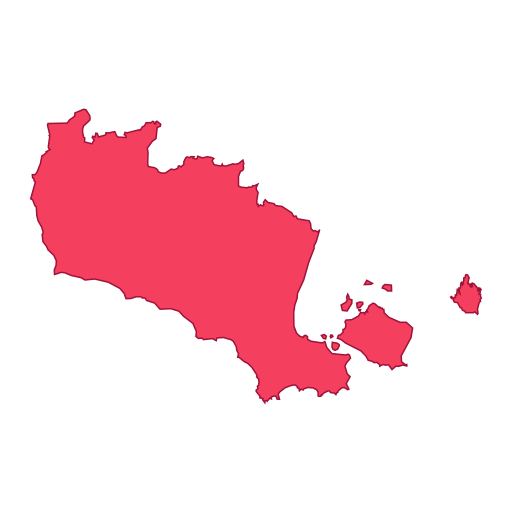 Bangka Selatan, Bangka-Belitung, Indonesia (Natural Earth projection)
{"feature_id": "22746128B19321376976921", "entity_name": "Bangka Selatan", "entity_type": "district", "adm_level": 2, "iso_a3": "IDN", "parent_name": "Indonesia", "parent_adm1": "Bangka-Belitung", "projection": "natural_earth1", "projection_center": [106.566, -2.786], "detail": "fine", "context": "isolated", "style": "filled", "palette": "rose", "viewbox_px": 512, "rotation_deg": 0, "n_neighbors": 0, "source": "geoboundaries", "source_scale": "gbopen_adm2", "svg_char_len": 6077}
<svg xmlns="http://www.w3.org/2000/svg" viewBox="0 0 512 512"><path d="M319.7,229.7L317.7,232.0L315.0,230.6L313.1,230.9L311.0,228.5L310.6,223.8L309.2,220.8L297.4,218.8L296.0,216.0L293.7,216.4L291.7,212.8L281.9,206.4L275.6,205.6L274.1,203.7L267.9,202.4L265.2,199.7L263.4,202.4L263.8,205.2L262.9,205.8L260.5,204.8L258.4,206.4L258.2,204.3L257.0,204.3L256.8,200.5L258.1,192.3L256.6,190.3L256.2,187.6L257.8,184.2L254.3,185.8L252.8,185.6L251.5,187.3L248.4,187.0L247.2,187.8L240.8,187.1L238.5,185.9L238.5,176.5L240.4,171.5L242.8,170.3L243.7,168.1L243.2,166.0L243.8,163.4L242.9,160.1L238.4,163.6L235.2,164.3L233.0,163.8L225.9,166.1L222.9,165.7L222.2,164.1L221.2,166.1L214.1,164.7L212.1,160.8L213.8,158.5L211.9,157.6L207.4,156.7L202.5,157.9L197.7,156.2L196.9,158.7L196.0,159.1L193.1,158.2L194.1,156.7L190.8,156.6L189.9,157.6L187.0,156.9L185.7,157.9L183.8,161.8L183.8,164.3L180.9,167.0L179.4,165.8L178.3,166.1L177.9,168.0L176.5,168.9L174.4,169.7L171.1,169.1L165.3,173.1L161.1,173.0L158.1,171.6L157.5,169.6L154.6,167.7L148.5,166.6L147.7,164.3L148.0,152.4L147.3,148.1L152.4,141.2L156.0,138.6L157.2,127.4L160.3,126.3L160.7,124.2L156.9,121.2L155.8,121.9L155.8,123.9L154.6,124.0L153.7,121.6L152.5,121.4L151.1,122.7L146.1,122.7L144.6,125.7L142.3,126.9L140.2,130.3L139.1,129.8L126.9,132.9L125.1,132.3L124.2,134.7L125.9,135.7L126.0,137.4L118.1,137.1L116.6,135.8L114.8,131.6L108.4,133.0L106.0,132.7L105.6,135.0L98.6,136.9L97.2,133.4L95.8,133.2L94.9,137.2L92.8,136.2L92.2,137.5L94.2,140.2L91.9,143.8L84.5,141.9L84.8,138.0L83.7,137.2L82.6,132.4L82.6,129.1L83.6,125.9L89.7,120.3L90.1,118.6L89.7,115.6L85.9,109.7L83.6,109.3L75.0,112.9L74.6,116.3L69.6,119.8L67.2,123.1L48.0,123.5L47.5,125.1L49.8,134.9L49.1,135.5L49.7,136.7L48.3,146.7L48.6,148.2L50.1,149.6L46.3,151.6L46.8,152.0L44.2,154.6L41.9,155.8L40.4,163.7L37.1,171.9L35.4,174.5L32.3,174.7L32.6,177.9L33.6,178.1L34.2,180.9L35.4,181.9L30.7,198.8L32.7,199.9L35.0,205.8L36.3,206.9L36.8,215.5L38.1,220.8L41.6,227.0L42.9,231.1L43.2,233.3L42.1,234.3L43.0,241.8L46.4,246.1L48.0,249.8L53.8,255.3L56.3,260.7L56.1,265.2L54.3,269.9L54.5,274.5L61.1,272.4L64.6,272.7L71.4,275.5L81.1,277.7L85.0,280.0L94.7,279.0L108.3,282.2L119.9,288.4L124.2,293.5L126.0,298.7L130.9,298.5L136.0,296.8L141.1,296.8L142.4,298.0L144.9,297.9L146.7,300.5L154.7,303.1L160.0,309.2L170.9,308.7L178.9,311.2L183.5,316.2L192.9,323.4L196.4,331.5L195.9,336.4L198.3,338.4L202.2,338.2L203.5,339.6L212.5,338.6L216.2,340.7L216.9,337.9L223.5,337.5L231.3,339.8L233.4,341.4L236.2,346.4L236.8,350.4L238.5,353.7L237.7,357.3L239.0,357.3L244.2,361.6L247.8,363.4L251.9,367.4L256.2,373.8L257.1,376.0L256.6,377.0L258.6,378.9L259.0,382.0L258.5,385.4L257.4,386.2L257.9,388.7L256.1,390.2L256.2,391.5L260.1,396.3L260.3,397.0L259.8,397.3L259.8,397.8L262.9,398.5L262.6,399.7L264.8,402.7L265.0,400.9L266.4,400.5L267.1,401.3L269.8,398.2L271.4,398.9L271.1,397.3L273.7,396.0L276.2,396.3L277.0,399.1L279.5,399.3L278.2,394.1L279.5,392.2L285.0,387.8L291.1,385.5L295.0,384.9L296.6,385.9L297.6,386.8L297.3,387.7L298.9,388.5L299.4,390.8L301.1,389.2L303.1,390.0L303.4,389.1L307.5,387.5L313.0,387.9L316.7,389.8L318.1,392.2L318.1,396.0L318.8,396.4L320.4,396.3L321.2,395.0L321.6,395.6L323.6,393.1L328.0,390.9L329.6,391.0L330.5,392.6L334.2,393.0L335.9,394.6L336.6,392.7L337.8,392.4L338.2,390.9L341.5,388.0L344.2,387.5L347.7,389.7L348.9,389.1L346.2,383.7L350.1,376.7L347.2,373.8L344.9,366.1L346.6,362.7L350.5,358.2L349.5,355.1L348.1,354.2L345.6,355.0L332.0,353.6L326.8,347.6L324.9,341.6L322.1,342.9L311.3,341.3L307.6,339.4L307.5,336.6L305.7,335.3L304.2,335.6L303.5,337.3L300.1,336.4L296.6,333.3L293.9,326.2L293.7,312.5L294.8,305.1L297.1,298.4L297.5,293.3L303.7,280.0L308.6,262.7L314.2,248.1L313.9,246.4L316.3,241.3L319.7,229.7ZM373.0,303.2L369.1,305.8L367.7,309.1L366.1,310.6L367.1,310.3L367.6,312.0L365.6,311.8L364.7,313.9L364.0,312.6L360.5,312.7L358.5,316.0L351.7,319.7L345.9,320.1L345.0,321.7L346.0,325.1L345.4,327.8L344.1,329.4L343.0,329.4L343.0,332.4L340.4,334.9L338.4,335.3L337.4,338.3L340.7,339.3L345.5,343.0L360.8,350.8L365.9,356.0L368.2,360.3L372.4,361.3L373.7,362.6L377.1,362.5L379.7,364.8L379.7,366.2L383.0,364.5L385.4,365.2L388.5,364.8L392.0,369.6L396.0,366.1L398.2,366.4L402.9,365.1L406.8,366.0L406.8,364.5L405.3,364.7L401.5,361.6L401.2,355.9L411.0,337.7L412.6,328.0L406.3,322.3L400.1,322.3L388.8,317.3L384.2,312.8L383.8,309.3L382.8,309.3L381.9,308.0L381.0,308.4L379.8,307.0L379.2,307.6L374.7,303.7L373.0,303.2ZM467.6,275.0L466.2,274.5L465.4,275.4L465.2,277.6L463.8,277.9L463.8,280.8L463.0,281.9L463.6,284.5L462.7,282.2L462.4,284.6L461.4,282.5L460.8,283.3L460.4,287.9L458.8,288.1L459.9,293.8L459.0,292.9L458.5,289.8L457.3,289.3L456.6,295.0L455.3,294.9L455.5,297.5L454.3,297.4L453.2,299.7L454.3,302.1L457.6,302.7L460.2,307.6L461.5,308.1L462.4,310.2L464.8,311.2L465.6,312.7L473.5,312.7L474.8,311.8L477.5,314.3L478.0,313.5L477.5,308.8L479.2,302.6L480.6,301.1L480.1,299.3L481.3,298.2L480.3,295.6L480.7,294.8L479.9,293.7L479.1,293.9L480.4,292.1L479.4,290.0L478.5,289.9L478.4,291.1L477.8,290.6L477.7,288.2L474.0,283.8L472.3,283.1L471.9,284.0L472.5,287.1L471.3,285.5L471.2,286.9L470.5,286.6L470.0,284.9L471.0,284.8L470.8,284.0L469.7,285.0L468.7,283.4L467.8,283.6L469.1,277.6L467.6,275.0ZM348.9,296.3L347.7,294.2L346.6,297.0L347.2,300.3L345.7,302.4L341.1,305.0L342.4,310.4L347.1,311.0L351.8,303.4L351.9,299.8L349.1,298.9L348.9,296.3ZM391.4,285.1L385.0,284.5L383.2,285.8L382.2,288.0L385.9,289.4L387.4,290.9L391.6,291.0L391.4,285.1ZM337.0,343.1L332.3,342.3L332.0,347.0L333.0,349.4L335.1,350.3L337.6,349.2L339.3,345.6L339.1,344.5L337.0,343.1ZM359.8,302.0L356.6,303.2L357.4,308.0L360.0,307.4L362.9,304.0L362.6,302.3L359.8,302.0ZM372.5,283.4L366.8,280.3L364.4,284.6L371.0,284.3L372.5,283.4ZM324.3,334.5L321.4,335.4L323.4,338.4L325.6,338.9L326.3,336.1L324.3,334.5ZM332.4,335.3L331.0,334.9L330.2,336.4L330.8,337.8L332.9,336.6L332.4,335.3ZM360.1,311.1L360.6,309.6L358.8,309.6L358.9,310.6L360.1,311.1ZM480.2,288.3L479.0,288.0L479.1,289.1L480.4,290.3L481.1,289.8L480.2,288.3ZM451.6,296.5L450.6,297.1L451.5,298.4L452.3,298.0L452.0,299.1L452.7,297.4L452.4,297.9L451.6,296.5Z" fill="#f43f5e" stroke="#9f1239" stroke-width="1.5"/></svg>